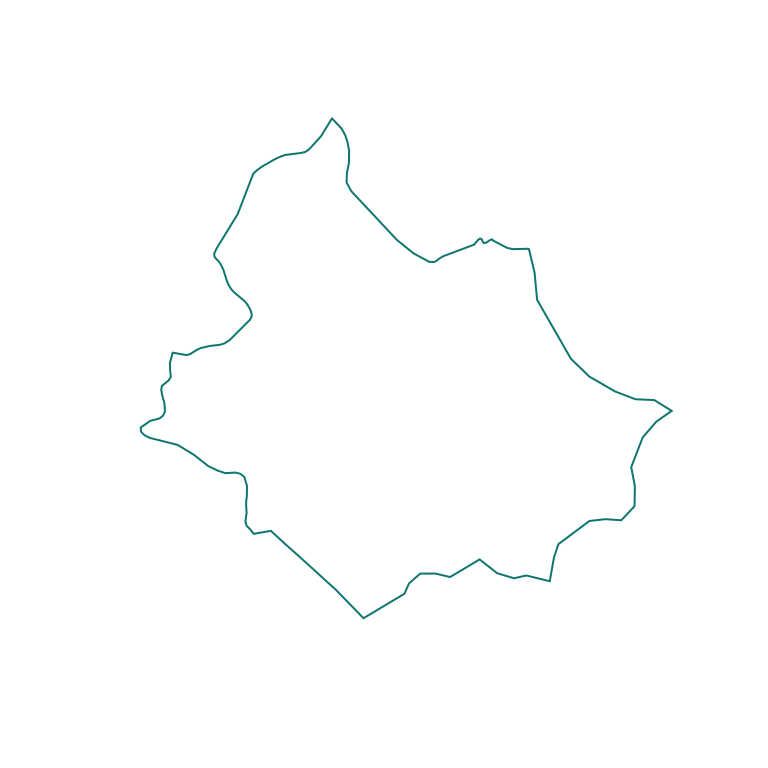 the border of Kindia, rotated 239°
{"feature_id": "GIN-5643", "entity_name": "Kindia", "entity_type": "Prefecture", "adm_level": 1, "iso_a3": "GIN", "parent_name": "Guinea", "parent_adm1": "", "projection": "orthographic", "projection_center": [-12.581, 10.091], "detail": "fine", "context": "isolated", "style": "outline", "palette": "teal", "viewbox_px": 768, "rotation_deg": 239, "n_neighbors": 0, "source": "natural_earth", "source_scale": "10m", "svg_char_len": 1858}
<svg xmlns="http://www.w3.org/2000/svg" viewBox="0 0 768 768"><g transform="rotate(239 384 384)"><path d="M638.4,476.2L624.7,479.2L617.3,478.9L610.2,477.3L602.0,474.3L591.7,467.9L583.8,460.8L576.0,455.7L565.9,455.3L500.7,469.3L481.0,476.5L465.4,485.7L462.8,489.7L462.5,492.5L463.0,495.5L463.1,500.1L457.1,532.8L457.4,534.1L459.1,539.1L459.2,541.2L457.9,542.3L455.6,542.0L453.5,542.0L452.6,544.1L452.7,549.5L452.2,551.2L450.7,551.4L437.2,559.7L433.3,563.8L426.2,576.3L424.9,577.7L402.1,570.5L377.3,558.6L309.4,557.2L284.6,563.8L258.5,578.3L241.5,591.6L231.0,607.4L212.8,616.7L211.5,598.1L205.0,578.3L185.4,553.1L167.2,546.4L150.2,535.8L145.0,517.2L154.2,504.0L160.8,489.5L156.9,451.0L147.8,440.4L129.6,424.5L146.6,407.3L150.5,395.4L163.6,383.5L184.4,375.6L184.5,341.2L194.9,330.6L202.8,317.4L200.2,302.8L193.7,293.5L193.8,245.8L232.9,236.6L281.1,222.1L297.3,217.0L316.4,211.4L322.7,195.1L327.8,194.5L333.4,193.2L337.5,194.4L344.4,199.9L351.7,203.7L355.2,206.0L358.2,208.5L367.3,214.1L376.2,216.4L381.0,214.6L384.5,211.2L389.3,202.1L395.2,197.0L404.1,191.1L421.4,184.5L438.0,175.8L458.3,155.6L463.3,152.4L466.7,151.4L468.8,151.3L472.0,153.2L472.8,164.6L470.1,173.7L470.7,178.3L473.1,181.9L478.3,184.8L481.3,186.1L489.6,188.4L493.8,190.1L496.8,192.7L498.0,201.4L500.1,205.1L505.7,207.6L512.4,211.4L519.7,219.0L511.7,228.2L510.2,230.3L509.5,233.5L509.7,240.7L509.2,245.6L506.2,254.6L502.2,263.3L501.0,268.0L501.1,274.1L508.1,302.1L509.3,304.4L511.0,306.1L514.5,307.4L518.5,307.8L522.8,307.8L526.8,307.2L539.5,302.8L544.0,301.9L548.6,301.8L553.1,302.4L564.9,305.2L571.2,305.7L574.1,305.5L578.7,304.4L580.1,304.3L581.5,304.7L583.3,305.7L586.5,310.5L605.0,346.1L631.5,380.1L632.5,384.5L633.2,391.2L632.9,406.1L632.2,412.7L631.2,417.3L624.8,431.8L623.4,436.4L623.7,440.5L628.8,457.6L638.4,476.1L638.4,476.2Z" fill="none" stroke="#0f766e" stroke-width="2"/></g></svg>